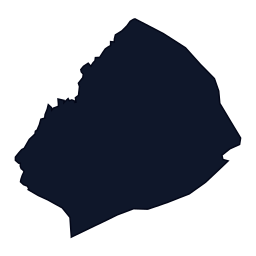 Sanniquellie Mahn, Nimba, Liberia (Mercator projection)
{"feature_id": "62588387B26498986950089", "entity_name": "Sanniquellie Mahn", "entity_type": "district", "adm_level": 2, "iso_a3": "LBR", "parent_name": "Liberia", "parent_adm1": "Nimba", "projection": "mercator", "projection_center": [-8.749, 7.383], "detail": "fine", "context": "isolated", "style": "filled", "palette": "ink", "viewbox_px": 256, "rotation_deg": 0, "n_neighbors": 0, "source": "geoboundaries", "source_scale": "gbopen_adm2", "svg_char_len": 1470}
<svg xmlns="http://www.w3.org/2000/svg" viewBox="0 0 256 256"><path d="M72.7,236.4L95.5,225.4L99.6,223.5L112.7,217.1L117.4,214.8L133.5,208.7L146.4,209.1L147.9,209.1L160.6,204.8L164.8,203.3L167.0,202.6L177.4,198.5L178.6,198.0L189.2,193.9L194.8,189.9L195.5,189.4L204.1,183.3L205.8,182.0L217.6,170.9L225.5,163.4L228.1,160.9L222.9,159.5L221.9,155.2L229.9,148.8L239.6,144.4L240.6,138.0L230.3,120.9L222.0,107.0L219.8,103.4L218.7,91.0L214.4,78.6L209.3,73.4L204.2,68.2L203.2,67.2L200.5,64.5L185.5,47.8L175.7,41.5L163.5,33.7L155.1,29.3L135.0,18.9L133.5,19.3L130.2,21.3L127.0,25.8L121.9,30.9L115.4,34.9L114.4,38.9L114.2,42.0L110.6,41.6L110.6,45.6L108.2,46.9L105.3,48.9L102.8,52.5L99.7,57.4L95.4,57.6L95.0,60.7L92.9,63.0L90.9,66.3L88.2,63.2L83.5,66.3L80.8,69.6L81.3,71.9L83.3,74.1L82.8,77.6L78.4,83.2L79.5,86.5L79.4,87.4L78.5,95.4L75.4,97.7L76.0,102.2L74.9,102.4L74.7,101.1L71.8,99.9L69.3,100.8L68.1,98.6L63.9,102.7L64.1,100.4L58.0,99.0L58.4,103.8L58.4,106.3L53.5,108.1L51.7,110.1L51.5,107.6L48.3,104.7L47.2,109.2L45.1,114.5L44.7,118.1L40.9,119.2L39.3,124.9L38.2,127.4L37.2,129.9L35.4,131.2L35.0,134.0L29.3,139.4L24.2,148.3L21.7,149.6L19.1,152.5L15.4,157.1L15.4,160.3L18.7,163.2L20.3,163.2L20.3,166.2L21.2,168.7L22.6,169.6L24.1,171.6L22.3,175.3L21.2,178.6L21.0,179.1L20.5,181.8L23.5,184.6L27.5,186.2L28.9,189.3L28.3,189.7L38.3,195.5L47.9,199.9L54.9,203.8L62.2,207.8L70.0,217.4L70.7,228.1L71.3,236.4L71.3,237.1L72.7,236.4Z" fill="#0f172a" stroke="#020617" stroke-width="1.5"/></svg>